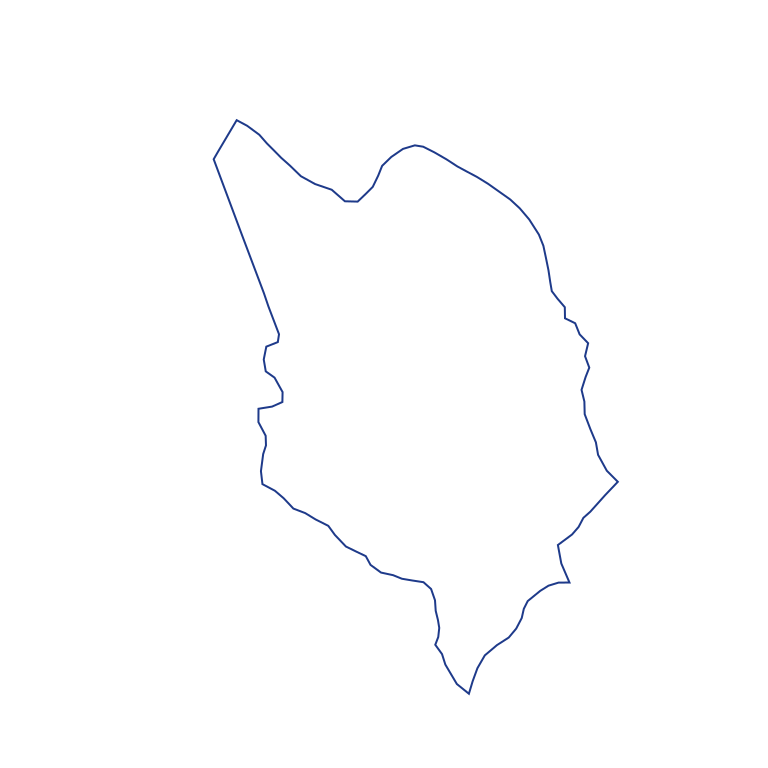 Águas Lindas de Goiás, Goiás, Brazil (Robinson projection), rotated 300°
{"feature_id": "56859067B76807503116989", "entity_name": "Águas Lindas de Goiás", "entity_type": "district", "adm_level": 2, "iso_a3": "BRA", "parent_name": "Brazil", "parent_adm1": "Goiás", "projection": "robinson", "projection_center": [-48.29, -15.745], "detail": "fine", "context": "isolated", "style": "outline", "palette": "blue", "viewbox_px": 768, "rotation_deg": 300, "n_neighbors": 0, "source": "geoboundaries", "source_scale": "gbopen_adm2", "svg_char_len": 1630}
<svg xmlns="http://www.w3.org/2000/svg" viewBox="0 0 768 768"><g transform="rotate(300 384 384)"><path d="M538.8,124.5L502.5,124.1L493.5,124.1L442.1,186.4L402.6,234.6L393.4,245.1L374.6,268.2L367.2,271.1L357.5,263.4L345.1,267.6L335.8,275.3L334.8,286.0L326.3,300.2L317.6,305.0L308.5,298.4L299.8,287.7L288.2,294.3L280.0,307.4L271.8,312.5L262.9,314.4L247.0,321.0L236.5,328.8L237.0,342.9L234.9,354.2L230.8,367.8L232.8,380.3L232.5,392.5L233.3,406.7L228.7,417.0L224.2,432.3L225.0,444.0L225.8,454.3L220.6,462.8L219.2,475.7L223.0,487.5L224.3,496.9L228.0,506.8L232.1,517.3L230.0,527.3L222.2,536.3L213.4,542.2L206.5,548.8L200.4,553.8L192.0,557.5L183.8,558.8L179.1,569.3L171.7,577.4L160.6,597.1L158.2,612.4L170.9,609.4L184.6,607.0L199.4,607.0L214.4,612.4L226.8,618.8L238.3,620.8L250.2,620.3L259.2,617.5L267.9,617.0L282.9,622.7L291.6,627.3L299.3,634.5L304.8,643.9L317.2,627.3L331.5,615.1L347.7,622.1L357.5,624.0L367.8,623.6L376.5,626.5L398.4,631.1L416.2,635.4L420.3,620.3L429.7,604.8L439.4,596.7L448.1,585.3L458.2,572.9L469.0,566.3L477.7,558.0L490.9,555.1L500.8,553.6L508.6,544.2L521.4,540.4L524.8,528.6L532.2,519.2L531.4,507.9L540.9,502.2L544.6,491.7L548.3,482.9L555.4,477.0L564.7,469.6L574.4,461.0L583.4,452.9L590.8,443.5L599.1,427.5L604.0,413.8L606.9,401.1L608.1,388.2L609.4,374.1L609.8,360.8L609.4,349.9L609.1,338.7L609.8,325.8L609.8,311.8L609.1,299.3L606.1,291.4L597.1,282.9L584.3,276.8L572.0,273.3L561.5,274.8L549.1,275.7L540.1,273.3L528.8,270.0L522.7,258.8L526.1,241.6L522.7,224.3L522.4,208.1L526.1,193.4L528.5,181.8L531.4,171.3L533.8,162.3L537.5,151.4L539.2,136.3L538.8,124.5Z" fill="none" stroke="#1e3a8a" stroke-width="2"/></g></svg>